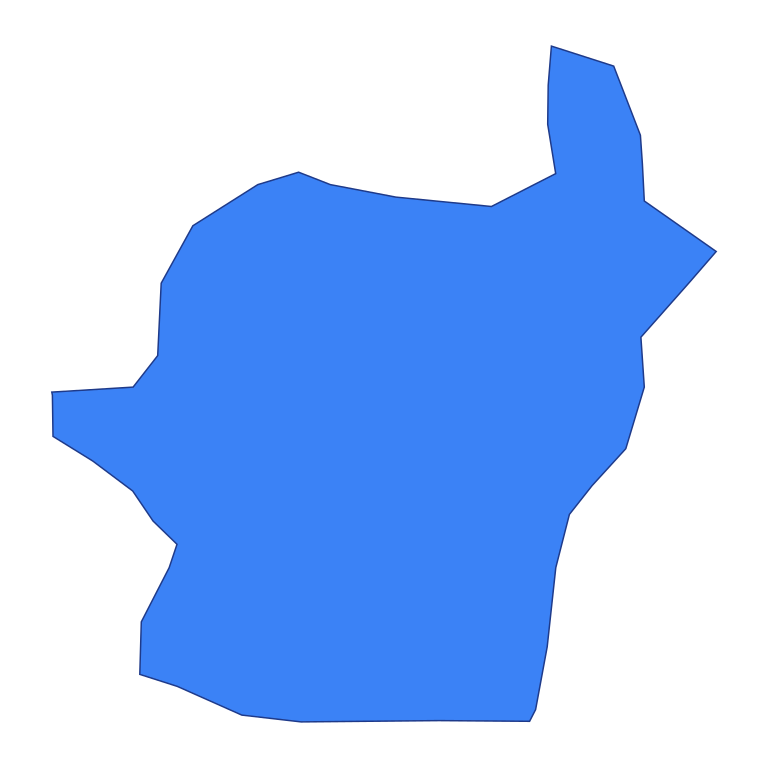 map outline of Danilovgrad (Mercator projection)
{"feature_id": "MNE-1511", "entity_name": "Danilovgrad", "entity_type": "Municipality", "adm_level": 1, "iso_a3": "MNE", "parent_name": "Montenegro", "parent_adm1": "", "projection": "mercator", "projection_center": [19.12, 42.623], "detail": "fine", "context": "isolated", "style": "filled", "palette": "blue", "viewbox_px": 768, "rotation_deg": 0, "n_neighbors": 0, "source": "natural_earth", "source_scale": "10m", "svg_char_len": 641}
<svg xmlns="http://www.w3.org/2000/svg" viewBox="0 0 768 768"><path d="M491.4,206.5L555.7,173.6L547.7,124.3L548.2,85.2L551.4,46.1L613.7,66.1L640.4,135.2L642.4,164.0L644.3,201.0L716.2,251.5L688.7,283.2L640.9,337.2L644.3,387.1L625.8,448.7L592.1,485.6L569.4,514.4L555.8,567.6L547.2,646.8L535.6,709.6L529.6,721.3L439.0,720.6L301.1,721.9L241.8,715.1L177.3,686.4L139.8,674.4L141.3,621.9L169.2,567.6L177.0,544.3L153.1,521.1L132.7,491.0L92.7,461.0L53.0,436.4L52.4,395.3L51.8,392.1L133.1,387.1L157.7,355.6L161.2,283.2L192.9,225.7L257.8,184.6L298.6,172.2L330.3,184.6L395.8,197.1L491.4,206.5Z" fill="#3b82f6" stroke="#1e3a8a" stroke-width="1.5"/></svg>